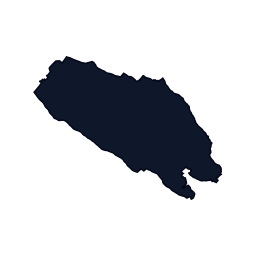 the district of Gaiceana, Bacau, Romania, rotated 154°
{"feature_id": "2599482B22664417708487", "entity_name": "Gaiceana", "entity_type": "district", "adm_level": 2, "iso_a3": "ROU", "parent_name": "Romania", "parent_adm1": "Bacau", "projection": "equal_earth", "projection_center": [27.202, 46.364], "detail": "fine", "context": "isolated", "style": "filled", "palette": "ink", "viewbox_px": 256, "rotation_deg": 154, "n_neighbors": 0, "source": "geoboundaries", "source_scale": "gbopen_adm2", "svg_char_len": 5594}
<svg xmlns="http://www.w3.org/2000/svg" viewBox="0 0 256 256"><g transform="rotate(154 128 128)"><path d="M74.9,157.5L77.8,156.9L78.1,157.0L80.0,156.8L80.1,156.6L80.3,156.8L80.5,157.2L80.5,157.6L81.7,157.5L81.7,157.8L82.1,158.1L82.2,158.4L82.4,158.6L82.5,159.0L82.3,159.0L82.5,159.4L83.6,159.7L83.7,159.9L84.0,159.8L84.4,159.5L85.5,160.5L85.6,161.1L86.6,162.6L87.7,163.6L88.0,164.0L89.1,164.7L90.0,166.0L90.7,166.7L90.7,167.2L90.9,167.8L91.5,168.4L95.3,166.6L97.2,166.1L96.9,165.7L97.9,165.9L99.8,166.0L100.6,168.4L101.8,171.2L101.9,171.5L102.7,172.6L103.2,173.1L103.6,172.9L104.2,173.6L104.9,174.0L105.5,174.7L105.6,175.1L106.1,176.3L107.9,179.1L111.5,177.5L112.1,177.0L112.6,177.3L114.4,179.0L115.2,179.5L116.0,180.2L116.7,180.6L117.2,181.2L118.0,182.6L118.9,183.5L119.9,184.5L123.1,186.9L124.3,189.3L126.0,191.2L128.6,194.7L129.0,195.1L129.5,196.7L129.6,197.8L129.5,199.0L129.9,200.7L130.1,202.0L130.3,202.1L130.8,203.0L131.1,203.4L136.9,204.5L138.3,204.9L138.8,205.2L139.3,206.0L140.0,206.1L141.3,207.4L143.3,209.7L143.6,209.8L147.3,213.8L149.3,216.4L150.6,217.6L151.3,217.7L151.7,218.6L152.1,218.9L154.3,217.6L158.9,215.2L159.1,216.0L159.3,216.3L159.3,216.9L160.0,218.3L162.6,219.5L163.8,219.8L164.4,219.4L165.2,219.3L166.9,218.6L168.0,218.3L172.0,216.7L172.7,216.0L172.8,215.5L172.7,214.8L172.9,214.4L173.1,213.3L173.0,212.8L172.8,212.6L173.4,212.3L175.5,211.4L177.1,210.5L177.7,210.8L178.0,210.8L177.9,209.9L178.1,209.8L177.9,209.2L177.7,209.2L177.7,208.4L179.3,207.8L181.2,207.5L181.7,208.2L181.8,208.5L182.6,208.1L183.0,208.1L183.4,208.5L183.4,209.0L184.3,208.9L185.2,208.5L186.8,208.7L187.0,208.4L186.5,207.8L186.1,207.1L185.8,206.5L189.8,204.4L196.7,201.3L196.0,197.6L195.8,196.1L195.5,195.3L195.5,194.4L195.0,192.7L194.7,191.7L193.5,188.8L193.0,187.2L193.0,186.2L192.9,185.3L193.0,183.8L192.6,182.1L192.0,180.6L191.6,179.0L191.7,175.9L190.3,171.7L190.2,170.8L190.2,169.8L189.4,168.3L188.9,168.3L188.7,167.9L188.1,167.0L187.1,165.3L185.6,164.5L184.1,164.1L182.9,163.5L182.0,162.8L181.1,161.7L180.0,159.3L178.9,155.4L178.2,154.3L178.0,153.2L177.7,152.4L177.6,151.8L176.7,150.2L176.2,149.6L173.4,146.8L172.4,145.4L171.6,143.7L171.6,143.0L170.7,140.6L169.6,139.5L168.6,136.7L167.8,135.8L166.5,133.8L165.7,131.9L164.7,130.4L163.4,126.8L162.8,125.8L162.3,124.2L161.6,122.8L161.3,121.7L160.9,120.7L160.2,119.8L159.6,119.1L157.9,117.6L157.5,117.6L157.2,117.4L153.9,113.9L152.6,112.6L151.7,111.1L151.3,109.9L151.0,109.1L150.1,108.1L149.8,107.4L148.5,105.8L147.7,104.5L147.4,104.3L146.4,102.1L146.2,101.4L146.2,99.8L146.1,99.4L145.4,98.0L145.0,96.6L144.9,95.1L145.0,94.7L144.9,94.4L144.3,92.8L143.9,92.2L142.8,88.8L142.4,88.0L141.2,86.3L139.0,84.2L135.4,85.2L134.3,85.3L134.1,85.2L133.9,85.0L132.6,82.5L130.5,83.0L130.0,83.2L129.3,83.3L128.8,82.9L128.3,82.0L128.1,81.7L126.3,80.0L125.8,78.7L121.6,73.9L121.0,70.3L119.9,66.2L120.0,65.4L120.5,63.7L120.4,62.4L120.1,61.5L119.1,58.8L117.1,56.1L116.6,55.4L116.2,54.4L116.0,53.2L115.8,52.7L114.0,49.9L113.3,48.7L112.4,47.5L111.8,46.1L111.3,45.4L110.7,45.0L110.4,44.6L109.8,44.1L108.9,43.1L108.3,42.6L107.7,42.3L106.4,40.5L106.1,39.5L105.2,39.4L105.0,39.1L104.6,39.3L104.2,39.3L103.9,39.1L102.8,39.3L102.6,39.2L102.3,38.5L102.2,38.4L102.2,38.1L102.2,37.8L102.4,36.5L102.0,36.2L99.9,36.6L99.6,36.8L99.2,37.2L99.1,37.5L98.7,37.6L98.5,37.8L98.3,38.0L98.1,38.2L97.8,38.7L97.1,39.2L97.1,39.6L96.9,39.9L96.9,40.2L97.1,40.5L97.1,41.4L97.5,42.2L97.6,42.9L97.8,43.2L98.0,43.1L98.5,43.3L98.4,43.5L98.5,43.7L98.4,43.9L98.2,44.0L98.7,45.4L98.6,45.7L98.2,47.0L98.3,47.9L98.7,49.3L98.8,49.9L99.6,50.2L100.5,49.8L104.8,49.6L105.3,50.9L102.1,51.2L101.1,51.5L101.3,51.8L101.3,52.0L100.8,52.0L100.7,52.6L100.6,52.9L99.6,52.8L99.1,54.6L98.4,58.0L99.1,58.2L100.5,61.3L100.7,62.3L98.3,62.9L98.7,63.4L98.9,64.1L98.9,64.7L98.9,66.2L98.7,66.1L97.1,66.4L93.1,67.4L92.0,65.1L91.5,64.5L90.2,63.6L89.3,63.1L90.3,62.1L90.5,61.7L90.4,61.5L90.9,61.0L91.8,60.8L93.0,60.9L93.1,60.7L93.1,60.3L92.6,58.5L92.5,58.4L92.5,58.1L91.8,57.1L91.2,55.6L90.9,55.2L90.1,54.2L89.7,54.1L89.3,53.5L88.8,52.5L86.7,50.2L86.7,49.9L86.3,49.4L86.0,49.3L85.6,48.7L85.2,48.4L82.0,47.1L81.5,46.7L81.4,46.5L79.5,46.0L77.7,45.3L76.8,45.4L75.8,45.8L75.5,45.8L75.4,45.5L76.1,44.8L76.3,44.4L76.2,43.9L75.3,42.8L74.4,42.8L73.9,42.5L73.9,42.0L72.8,40.6L72.5,40.3L70.1,41.5L71.0,43.9L70.0,44.2L69.7,44.0L69.1,44.0L68.6,44.3L68.5,44.5L65.4,45.4L64.6,45.4L64.8,46.0L64.5,46.7L64.5,46.9L63.4,47.8L63.1,48.6L62.5,49.9L62.3,50.1L62.0,51.2L62.1,52.8L62.2,53.1L62.5,54.5L64.2,56.3L65.3,57.9L65.6,58.6L65.7,59.4L65.9,60.7L65.9,61.3L66.4,62.7L66.6,63.9L66.8,64.6L66.9,65.3L66.9,66.0L66.5,68.1L66.5,68.4L65.1,69.1L64.5,69.5L64.1,70.1L63.8,71.0L63.2,73.6L62.9,74.0L62.3,74.4L61.7,74.8L60.7,76.7L59.7,77.2L59.3,77.7L59.3,78.0L59.7,78.7L59.9,79.2L60.1,79.6L59.7,81.4L60.1,82.2L60.2,83.2L60.2,84.0L59.6,84.9L59.6,85.3L59.8,85.8L60.2,86.0L60.3,86.3L60.7,87.2L60.7,87.6L60.5,88.4L60.5,88.9L60.6,89.6L61.8,92.5L61.8,93.7L62.4,95.4L63.8,98.5L64.2,99.7L64.3,101.0L64.8,102.5L64.5,105.1L64.6,105.8L64.3,106.7L64.2,106.9L64.2,107.3L64.2,108.7L64.4,109.8L64.3,110.6L64.5,111.1L64.7,112.1L64.9,112.4L64.5,113.5L64.8,115.6L64.8,116.5L64.6,117.6L64.6,118.3L63.8,119.9L63.7,120.4L63.7,120.9L63.8,121.1L64.1,121.9L64.4,123.5L65.2,125.0L65.4,126.1L65.8,126.8L65.8,127.1L65.8,127.6L65.9,128.9L65.7,129.2L65.5,129.9L66.1,131.6L66.9,132.9L67.2,133.9L67.9,135.5L68.7,136.5L70.2,137.7L70.7,138.3L71.6,139.1L72.1,140.5L72.3,141.7L73.0,142.3L73.4,143.1L74.0,145.7L74.1,147.2L74.3,148.5L74.8,149.8L75.0,150.7L74.9,152.1L74.6,153.2L74.9,153.3L74.5,154.1L74.7,155.3L74.7,156.1L74.9,157.5Z" fill="#0f172a" stroke="#020617" stroke-width="1.5"/></g></svg>